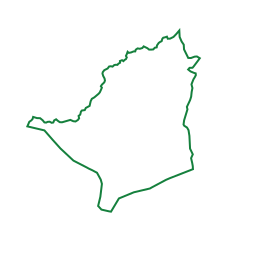 Fronteiras, Piauí, Brazil, rotated 338°
{"feature_id": "56859067B86555367921945", "entity_name": "Fronteiras", "entity_type": "district", "adm_level": 2, "iso_a3": "BRA", "parent_name": "Brazil", "parent_adm1": "Piauí", "projection": "orthographic", "projection_center": [-40.578, -7.082], "detail": "fine", "context": "isolated", "style": "outline", "palette": "green", "viewbox_px": 256, "rotation_deg": 338, "n_neighbors": 0, "source": "geoboundaries", "source_scale": "gbopen_adm2", "svg_char_len": 1906}
<svg xmlns="http://www.w3.org/2000/svg" viewBox="0 0 256 256"><g transform="rotate(338 128 128)"><path d="M79.1,198.1L80.9,199.2L93.2,189.9L94.7,189.9L109.3,189.8L125.7,192.3L127.8,192.0L143.8,190.3L148.2,190.2L172.8,190.5L173.8,187.5L174.4,184.6L175.2,179.6L178.2,176.7L177.8,170.4L182.0,158.3L183.3,152.7L182.9,149.7L181.0,147.0L180.8,145.6L182.9,141.9L190.1,133.0L190.5,130.5L196.0,125.4L198.3,122.6L200.6,118.3L202.7,115.1L203.2,111.3L206.9,107.4L209.1,105.8L210.7,104.4L211.2,102.7L209.7,101.5L208.7,100.5L207.2,99.0L205.7,96.3L207.6,95.3L210.4,96.3L211.8,95.6L217.8,92.0L220.7,90.2L218.7,87.5L216.5,86.8L212.6,86.7L210.1,85.6L209.4,76.1L210.9,71.6L210.1,67.9L210.0,62.9L212.1,56.8L207.9,59.0L204.3,60.6L200.5,60.9L198.3,60.1L198.3,57.9L196.3,57.8L194.5,57.5L193.3,58.1L191.7,60.1L190.2,60.2L188.4,60.6L185.8,62.3L184.8,64.0L182.9,63.6L180.9,64.6L178.8,64.0L176.9,63.2L175.9,61.3L173.1,58.2L171.3,59.2L168.7,59.0L166.7,57.8L164.5,58.3L163.4,59.7L161.9,59.1L159.1,59.1L156.8,58.6L156.2,57.2L154.5,59.1L153.1,60.4L153.3,62.1L151.8,63.4L150.3,63.6L148.8,64.3L147.9,62.9L145.6,62.9L145.1,64.5L143.1,64.8L141.9,65.5L140.1,64.7L138.8,64.5L136.7,65.3L135.2,64.3L133.5,63.9L131.4,65.2L127.7,65.5L125.5,66.8L124.7,68.0L124.5,70.6L124.8,73.3L124.4,75.4L123.1,76.8L120.1,78.0L118.5,79.1L118.9,80.8L116.8,82.9L115.2,84.4L113.7,85.2L108.2,87.0L105.4,87.4L103.4,89.2L100.7,93.1L99.1,93.3L96.4,93.6L94.6,95.2L91.8,94.5L90.5,95.2L88.7,97.7L86.7,98.3L86.3,100.7L84.5,101.8L81.8,102.3L79.8,101.2L77.6,98.9L69.0,98.0L66.9,97.0L65.5,94.8L64.6,93.0L62.4,93.3L60.8,94.9L59.2,94.6L57.7,92.8L55.8,92.2L54.1,92.3L52.6,91.5L51.8,88.9L50.2,86.0L47.3,84.7L44.2,82.2L42.9,83.9L41.3,84.7L38.8,85.3L35.3,88.8L49.6,98.9L52.0,105.8L53.7,110.7L57.7,121.7L65.2,137.8L75.1,149.3L76.3,150.8L78.8,153.5L82.5,157.9L83.4,165.6L82.9,170.0L76.6,181.4L71.1,189.1L72.8,193.7L79.1,198.1Z" fill="none" stroke="#15803d" stroke-width="2"/></g></svg>